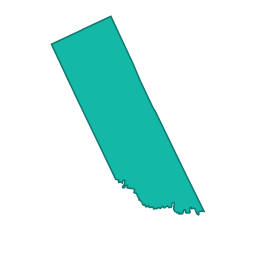 outline of Kane, Utah, United States of America, rotated 64°
{"feature_id": "52423323B18602479279473", "entity_name": "Kane", "entity_type": "district", "adm_level": 2, "iso_a3": "USA", "parent_name": "United States of America", "parent_adm1": "Utah", "projection": "orthographic", "projection_center": [-111.142, 37.272], "detail": "fine", "context": "isolated", "style": "filled", "palette": "teal", "viewbox_px": 256, "rotation_deg": 64, "n_neighbors": 0, "source": "geoboundaries", "source_scale": "gbopen_adm2", "svg_char_len": 2073}
<svg xmlns="http://www.w3.org/2000/svg" viewBox="0 0 256 256"><g transform="rotate(64 128 128)"><path d="M53.9,160.7L70.3,160.8L71.4,160.9L162.7,161.5L163.3,161.5L168.7,161.6L170.1,159.7L171.4,159.4L171.9,160.1L173.0,160.1L172.9,159.1L173.6,158.0L174.5,157.6L175.1,157.1L174.1,156.5L173.1,155.4L173.1,154.2L173.4,153.7L174.4,154.1L175.3,154.6L177.1,155.8L177.9,157.9L178.3,158.6L179.6,158.8L180.0,157.9L179.8,156.5L179.4,156.3L178.6,155.8L178.8,154.9L179.1,153.9L180.4,153.9L180.6,154.5L181.1,155.0L181.6,154.8L183.3,152.4L185.0,149.7L185.8,149.2L187.0,149.3L187.5,150.1L188.6,151.0L189.9,150.0L190.2,149.2L191.3,148.9L192.3,149.2L194.6,149.3L195.5,149.1L196.4,148.7L196.7,149.3L197.5,149.7L198.3,148.8L200.9,148.0L202.4,148.2L203.3,148.3L204.1,147.9L204.2,147.0L204.0,146.7L204.4,146.3L205.0,146.4L205.5,146.6L206.5,146.6L207.0,145.7L207.0,144.7L206.8,143.7L207.9,143.6L208.3,143.8L209.2,143.0L209.5,141.7L209.7,140.8L210.5,140.1L211.3,140.4L211.9,140.5L212.3,139.7L212.2,139.1L212.9,138.1L213.1,136.7L212.6,136.1L213.1,135.2L213.9,134.7L214.5,133.9L214.3,133.1L213.9,132.4L213.6,131.3L214.1,131.0L214.9,130.8L215.8,130.3L215.5,129.2L215.5,126.6L217.5,126.1L218.2,124.1L217.8,123.1L216.9,122.5L215.5,122.2L214.7,121.0L215.1,119.4L216.3,119.5L218.1,120.8L219.4,121.6L220.9,122.6L223.2,122.5L224.6,121.6L225.4,121.4L226.0,120.6L226.0,119.7L226.8,119.4L227.3,120.0L228.0,119.2L228.2,118.1L228.9,117.3L228.7,116.2L228.0,115.6L227.2,114.8L226.3,113.6L226.1,113.0L227.0,112.4L227.8,112.6L229.0,113.3L230.2,112.5L230.6,111.8L230.9,110.6L231.3,109.8L230.6,108.8L229.3,109.0L227.7,107.7L226.7,106.7L226.7,106.4L227.1,106.0L227.8,106.1L228.5,106.2L228.8,105.3L228.8,104.5L229.5,103.4L231.6,103.4L234.9,103.8L236.4,103.1L236.9,102.9L236.8,102.1L236.1,101.9L235.0,101.9L234.4,101.3L234.5,100.7L234.9,98.4L236.0,96.9L236.4,96.2L202.4,96.3L201.3,96.4L124.3,96.2L121.5,96.7L90.7,96.3L71.9,95.3L40.9,94.8L20.1,94.4L20.0,99.7L19.5,125.7L19.7,126.1L19.1,160.1L25.8,160.2L47.0,160.5L51.9,160.6L53.3,160.6L53.7,160.7L53.9,160.7Z" fill="#14b8a6" stroke="#0f766e" stroke-width="1.5"/></g></svg>